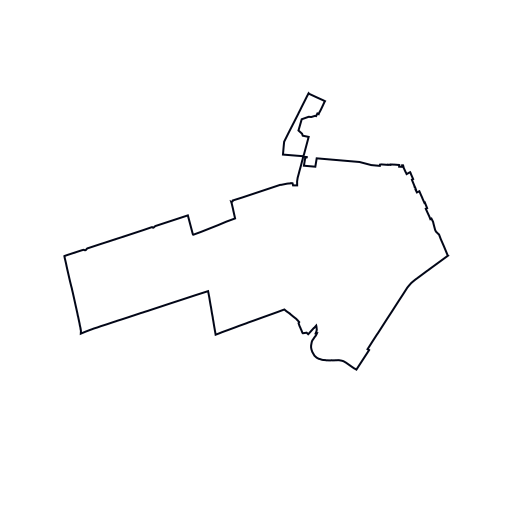 outline of Popesti Leordeni, Ilfov, Romania, rotated 126°
{"feature_id": "2599482B19564761828929", "entity_name": "Popesti Leordeni", "entity_type": "district", "adm_level": 2, "iso_a3": "ROU", "parent_name": "Romania", "parent_adm1": "Ilfov", "projection": "natural_earth1", "projection_center": [26.205, 44.348], "detail": "fine", "context": "isolated", "style": "outline", "palette": "ink", "viewbox_px": 512, "rotation_deg": 126, "n_neighbors": 0, "source": "geoboundaries", "source_scale": "gbopen_adm2", "svg_char_len": 4993}
<svg xmlns="http://www.w3.org/2000/svg" viewBox="0 0 512 512"><g transform="rotate(126 256 256)"><path d="M126.7,303.7L136.9,302.1L147.0,300.4L150.6,298.3L158.1,293.8L147.5,276.4L149.3,275.6L150.4,275.1L151.6,274.7L152.4,274.4L155.3,273.2L159.3,271.7L161.7,270.8L164.5,269.7L168.2,268.3L171.5,266.6L174.7,264.2L177.1,267.5L175.7,269.2L176.5,270.6L177.0,270.8L178.4,272.5L178.7,272.8L178.9,273.1L183.8,277.6L184.3,278.3L216.6,301.4L224.7,307.4L225.0,307.2L225.3,307.1L225.6,307.1L226.1,307.2L226.5,307.3L226.6,307.5L226.7,308.0L227.8,306.5L231.5,302.2L232.8,300.8L237.9,295.0L245.5,300.1L253.3,304.8L261.0,309.7L268.9,314.7L275.6,319.2L275.7,319.6L275.2,320.3L263.2,335.0L290.9,355.0L291.3,355.1L292.1,355.4L292.5,355.4L293.3,355.6L293.6,355.9L293.7,356.2L293.7,357.0L294.0,357.3L301.0,362.2L313.5,371.2L338.0,389.0L348.0,396.2L348.8,396.8L349.5,397.1L350.1,397.1L351.2,397.2L351.8,397.6L352.0,398.0L352.2,398.8L352.4,399.2L353.9,400.4L357.5,403.0L357.9,403.3L365.9,409.1L368.1,410.6L368.6,411.0L368.8,410.9L369.8,409.8L370.2,409.4L371.2,408.2L373.8,405.2L376.0,402.8L376.5,402.2L376.8,401.9L385.7,391.7L388.9,387.9L390.6,385.8L391.0,385.4L393.5,382.5L398.0,377.4L402.8,372.0L403.3,371.4L405.8,368.6L407.2,367.0L408.7,365.4L409.0,365.1L409.6,364.3L410.7,363.1L411.8,361.9L413.5,360.0L414.4,359.0L414.7,358.7L415.5,357.9L416.1,357.2L416.4,356.9L416.7,356.5L417.5,355.6L417.7,355.4L417.8,355.3L417.9,355.2L418.0,355.2L418.2,354.9L418.4,354.8L418.7,354.4L418.8,354.4L419.1,354.0L419.4,353.7L419.5,353.6L421.8,352.1L420.3,351.2L417.2,349.3L414.9,347.8L413.2,346.7L411.6,345.6L410.5,344.9L409.9,344.5L407.0,342.3L404.0,340.3L399.7,337.1L398.6,336.3L393.8,332.9L390.9,330.8L390.0,330.2L386.4,327.5L382.4,324.6L380.6,323.3L378.2,321.6L376.4,320.3L376.0,320.0L375.0,319.3L370.8,316.3L370.2,315.9L368.0,314.2L366.7,313.3L365.1,312.1L364.8,311.9L364.7,311.8L364.6,311.7L363.1,310.6L362.7,310.4L362.5,310.2L361.8,309.7L359.7,308.2L352.9,303.3L348.7,300.3L343.7,296.7L338.6,293.0L335.3,290.6L323.5,282.1L312.6,274.1L317.1,269.3L318.9,267.5L319.6,266.8L323.1,263.2L323.7,262.5L326.5,259.7L327.3,258.9L328.0,258.2L331.3,254.7L331.5,254.6L334.0,252.0L336.0,250.0L339.6,246.3L340.2,245.7L342.2,243.6L343.4,242.4L340.2,240.3L338.1,239.0L337.4,238.6L337.1,238.3L336.7,238.1L333.9,236.2L332.6,235.3L326.0,230.9L322.6,228.7L315.9,224.1L315.7,224.0L314.1,223.0L309.2,219.6L301.8,214.6L293.6,209.0L288.3,205.4L285.4,203.5L282.6,201.6L282.8,199.0L282.8,197.9L282.7,195.0L282.8,195.0L283.1,190.3L283.2,186.8L283.2,186.5L283.2,186.4L283.3,186.2L283.3,185.9L283.5,185.5L283.5,185.3L283.5,185.0L283.5,184.7L283.7,184.0L284.1,182.2L285.3,182.1L286.8,180.0L287.2,179.4L287.3,179.2L288.0,177.9L288.6,177.0L289.2,175.9L289.7,175.1L290.8,173.4L291.0,172.8L290.9,172.6L288.3,170.0L288.6,167.8L288.0,167.7L280.3,166.9L280.1,166.7L276.9,166.4L277.5,165.7L279.8,163.6L281.4,162.8L283.4,162.3L282.6,161.3L284.0,161.0L285.6,160.8L287.1,160.9L289.4,160.8L290.8,160.8L292.1,160.6L293.1,160.2L295.0,159.3L296.2,158.7L297.7,157.6L299.0,156.2L300.5,154.1L302.3,150.1L302.6,147.2L302.3,144.9L301.8,143.7L301.2,141.7L300.8,140.8L299.4,138.6L299.1,137.8L296.4,134.0L296.0,133.7L295.3,132.5L291.6,127.8L290.3,125.1L289.7,123.4L289.4,120.5L289.3,113.4L289.2,110.2L289.0,109.4L288.9,108.0L265.6,109.2L265.6,109.4L265.8,111.0L263.5,111.1L257.4,111.5L248.4,112.0L246.8,112.0L229.6,113.0L221.4,113.4L214.5,113.8L207.4,114.2L201.1,114.5L196.1,114.8L192.5,115.0L189.4,114.8L188.7,114.7L187.1,114.6L186.1,114.4L185.2,114.2L181.7,113.3L174.8,111.1L169.3,109.4L142.9,100.9L142.9,101.0L142.4,102.0L137.8,109.5L133.7,116.5L131.0,120.6L131.0,121.4L130.5,124.7L129.8,126.1L129.3,126.8L125.7,131.2L124.3,132.8L122.6,136.1L123.7,136.6L122.1,139.1L120.0,142.9L118.0,146.4L116.7,145.7L113.5,150.8L114.0,151.0L113.7,151.5L112.0,154.5L111.4,155.5L111.2,155.7L110.7,156.6L109.8,158.2L107.6,161.9L110.0,163.2L108.6,165.8L108.3,165.6L107.9,166.2L107.6,166.7L107.2,167.2L106.2,169.0L106.3,169.0L105.9,169.5L103.0,174.2L102.9,174.2L102.6,174.7L101.4,174.1L98.6,178.9L98.1,179.5L97.6,180.6L101.2,182.3L100.6,183.3L100.2,184.2L99.7,185.1L99.5,185.5L98.6,187.0L98.3,187.6L98.1,188.0L97.3,189.0L97.2,189.1L96.2,190.3L96.7,191.1L98.1,190.4L98.3,190.7L99.6,192.7L98.2,193.6L98.4,194.0L98.7,194.5L98.8,194.6L100.5,197.4L102.9,201.0L103.3,200.8L104.6,203.0L104.8,202.9L108.2,208.4L109.2,209.4L110.3,208.8L114.7,216.2L119.1,227.5L131.9,248.7L141.3,264.3L148.9,260.5L154.8,270.3L148.2,273.6L147.6,273.7L147.3,273.6L146.4,272.9L146.1,273.1L147.9,276.1L146.4,276.7L145.6,276.9L144.8,277.2L128.7,283.4L131.2,288.9L130.0,290.6L129.5,295.4L118.5,299.4L112.4,295.2L111.1,293.0L107.9,290.6L107.5,289.6L104.6,290.1L104.4,288.7L104.1,288.8L103.4,289.0L100.3,289.4L98.0,289.8L95.9,290.2L91.3,291.1L90.2,291.2L90.5,293.0L92.0,300.3L93.4,307.5L93.5,307.9L93.6,308.6L93.4,309.1L93.8,309.1L94.7,308.9L96.0,308.7L96.3,308.7L101.0,307.9L108.4,306.7L112.4,306.0L115.1,305.6L115.9,305.4L121.0,304.6L126.0,303.8L126.6,303.7L126.7,303.7Z" fill="none" stroke="#020617" stroke-width="2"/></g></svg>